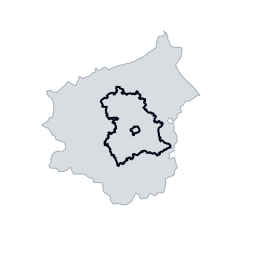 where Minsk sits in Belarus, rotated 149°
{"feature_id": "BLR-2345", "entity_name": "Minsk", "entity_type": "Region", "adm_level": 1, "iso_a3": "BLR", "parent_name": "Belarus", "parent_adm1": "", "projection": "albers", "projection_center": [27.803, 53.681], "detail": "fine", "context": "in_parent", "style": "outline", "palette": "ink", "viewbox_px": 256, "rotation_deg": 149, "n_neighbors": 0, "source": "natural_earth", "source_scale": "10m", "svg_char_len": 9390}
<svg xmlns="http://www.w3.org/2000/svg" viewBox="0 0 256 256"><g transform="rotate(149 128 128)"><path d="M200.3,175.1L196.8,175.1L192.5,175.4L190.2,177.2L187.6,176.5L185.8,177.5L181.8,182.3L180.3,184.8L178.8,188.6L178.0,191.5L178.6,193.4L179.4,195.2L179.7,197.2L180.2,198.7L179.1,199.9L178.6,201.5L176.8,201.3L174.5,199.8L174.0,197.6L172.2,196.1L171.1,195.3L169.3,195.2L166.4,196.1L162.5,196.7L159.6,197.0L158.1,197.8L155.8,198.6L154.9,197.7L153.5,195.2L152.4,192.7L151.7,191.6L151.0,191.3L150.2,191.4L149.4,192.2L148.7,193.0L146.3,194.0L145.2,194.9L144.1,197.3L143.3,197.1L142.5,196.6L141.6,194.0L140.3,193.4L138.3,193.4L135.8,192.9L133.7,192.1L133.0,192.3L131.8,193.4L130.5,193.6L127.6,192.6L127.0,193.0L125.4,195.9L124.6,196.0L124.2,195.7L124.4,193.2L122.7,192.3L119.9,192.1L118.0,192.5L117.0,192.4L116.5,191.9L114.1,187.7L112.9,187.4L110.6,187.6L107.2,187.0L103.4,186.0L101.2,185.6L100.2,184.7L97.8,184.3L91.4,182.4L88.8,182.0L85.0,181.9L79.1,181.3L75.4,181.3L73.6,181.9L71.6,182.1L64.6,182.3L62.1,182.7L61.4,183.5L60.4,185.4L57.4,188.6L54.5,190.7L54.0,190.8L52.4,189.6L51.1,189.1L49.5,188.9L48.3,189.2L47.6,189.7L47.5,192.3L47.3,192.5L46.3,189.4L46.5,186.6L47.3,185.1L48.2,183.7L48.0,181.5L49.0,178.8L49.2,176.7L48.8,175.8L48.3,174.8L46.5,173.5L45.8,172.6L43.4,171.3L41.1,169.7L40.7,168.7L40.9,168.1L41.4,167.2L43.4,164.6L45.5,162.1L46.9,161.1L53.8,158.1L54.9,156.9L55.3,154.9L55.4,150.8L55.2,147.1L54.8,144.5L53.8,139.6L50.9,129.5L49.5,119.1L50.8,119.7L53.9,120.2L56.4,119.6L57.7,119.6L58.8,119.8L62.1,119.4L62.9,120.4L64.3,121.3L67.2,120.3L69.8,118.9L72.4,119.2L72.9,118.5L73.7,114.9L74.5,114.1L77.6,114.6L78.8,114.0L80.0,112.2L81.9,111.2L83.5,111.2L85.1,110.0L85.9,110.9L86.2,112.4L85.6,113.6L85.9,114.1L86.9,114.7L88.9,114.7L90.1,114.3L90.4,113.6L90.4,112.3L90.2,111.2L89.4,110.1L87.9,109.6L86.8,109.5L86.7,108.9L87.1,107.5L88.1,105.0L89.3,102.8L90.0,101.9L90.2,101.1L90.1,99.8L90.1,97.3L91.2,93.8L92.7,91.2L94.5,90.4L96.8,90.0L98.2,88.8L99.0,87.4L99.6,85.2L100.4,84.7L105.7,85.1L106.6,82.9L107.0,82.3L108.1,81.6L108.8,80.8L108.5,80.2L107.2,79.8L104.0,79.4L103.3,78.6L103.6,77.8L104.5,75.5L105.3,72.5L105.8,70.2L105.9,68.8L106.3,68.5L108.9,68.1L109.8,67.6L112.1,64.5L113.8,64.0L118.1,64.9L120.1,64.8L122.7,65.0L122.9,64.7L123.8,61.6L128.1,56.6L130.4,54.9L131.9,54.5L132.4,54.6L134.7,57.2L135.2,57.3L136.8,56.2L139.4,56.1L140.7,57.0L142.5,60.2L143.4,60.6L146.0,58.7L147.4,58.1L148.3,58.1L153.3,60.5L153.6,61.3L153.7,62.2L153.0,65.2L154.1,67.0L155.3,68.2L157.7,66.1L158.7,65.5L159.7,65.4L161.0,64.7L162.0,63.5L162.9,63.1L164.7,63.3L167.9,62.9L171.8,64.6L172.2,65.1L174.1,67.1L174.8,68.1L175.5,68.4L176.5,69.4L177.9,69.9L178.9,69.7L179.3,70.0L179.8,70.8L179.9,72.2L179.9,76.0L178.6,78.1L178.5,78.8L178.6,79.7L179.7,81.3L181.2,83.9L181.6,85.4L181.7,86.5L179.9,89.9L179.3,90.7L178.9,92.4L178.8,94.0L178.9,94.7L182.3,97.2L184.7,98.5L185.3,99.2L185.4,99.7L184.2,102.6L184.2,103.3L186.1,104.4L187.3,106.2L188.4,109.2L190.4,112.0L197.5,115.9L198.2,116.6L198.4,117.5L198.3,119.5L197.3,123.4L198.5,123.9L201.5,123.5L205.3,123.8L209.9,126.2L210.0,127.4L209.6,128.5L210.0,129.6L210.6,130.6L214.6,133.3L215.1,134.1L215.3,135.6L215.2,136.6L214.2,136.9L213.0,137.5L211.1,138.9L210.4,140.8L207.4,143.5L205.5,144.7L203.9,144.9L200.2,144.6L198.8,143.4L198.2,142.3L196.7,141.9L194.8,142.0L192.2,142.3L191.7,142.7L191.3,144.1L190.3,146.5L189.6,147.9L193.2,152.4L194.9,154.2L195.6,155.4L195.6,156.2L194.8,157.3L195.0,159.2L196.8,161.8L196.3,162.2L196.3,165.5L196.5,168.9L197.0,169.7L197.9,170.3L198.7,171.6L200.2,174.4L200.3,175.1Z" fill="#d9dde1" stroke="#a8b0b8" stroke-width="1"/><path d="M114.4,89.1L115.8,89.5L116.8,89.3L117.1,89.4L117.5,89.9L116.9,91.0L117.4,91.4L117.9,92.1L118.1,93.0L119.8,93.1L120.2,93.8L121.7,95.0L121.6,95.9L121.6,96.0L123.4,96.3L124.3,96.9L124.6,97.3L124.3,98.2L124.4,98.3L124.7,98.8L124.9,99.2L125.4,99.8L125.7,100.2L126.7,100.5L127.2,100.5L127.6,100.0L127.9,100.0L128.2,100.1L128.3,100.8L128.4,101.0L130.6,100.3L131.7,100.5L132.6,100.0L134.0,99.9L134.5,100.3L135.1,101.2L135.9,101.8L136.1,102.4L136.9,102.8L137.3,102.9L137.5,102.7L138.5,100.0L139.9,99.5L140.1,99.5L140.4,100.2L140.7,100.1L141.2,99.5L141.4,99.7L141.7,100.2L141.4,100.9L141.4,101.2L141.5,101.6L141.7,101.8L142.8,102.2L143.4,101.8L144.3,101.9L144.5,102.0L144.6,102.5L144.8,102.6L145.3,102.4L145.6,102.0L145.5,101.8L145.2,101.2L145.3,100.7L148.3,100.9L148.8,100.7L149.2,100.0L149.9,99.6L150.1,99.7L149.8,100.0L150.0,100.2L150.2,100.3L151.0,99.9L151.3,100.0L151.5,100.7L151.5,101.5L152.3,101.7L152.9,101.9L153.9,101.3L155.2,101.6L155.5,101.3L155.5,100.5L155.9,100.6L156.1,100.8L156.2,101.7L155.3,102.7L155.6,103.3L155.6,103.5L155.1,104.5L154.9,107.0L154.8,107.6L154.2,108.7L154.9,109.7L155.0,110.0L154.8,110.3L154.1,111.0L154.1,111.9L154.3,112.4L154.6,112.4L155.1,112.2L155.2,112.6L155.7,112.8L155.8,113.4L156.0,113.6L155.4,114.1L155.4,116.0L155.1,116.2L155.0,116.4L155.3,117.0L155.3,117.4L154.7,118.4L154.1,118.8L153.9,119.3L153.9,119.6L154.3,120.2L154.3,120.7L154.3,121.8L154.5,122.1L154.3,122.6L154.3,122.8L154.8,123.1L154.3,123.9L154.5,124.0L155.0,123.7L155.1,123.9L155.1,124.2L154.4,124.7L155.0,124.8L155.3,125.1L155.9,125.0L156.2,125.3L156.6,125.4L156.5,125.7L156.1,126.2L155.3,126.6L155.2,126.8L155.2,127.0L155.8,127.2L155.7,127.4L155.3,127.7L155.1,128.2L155.0,128.3L154.8,128.2L154.5,127.8L154.2,127.9L153.2,129.0L151.8,129.8L151.3,129.8L150.9,129.5L150.3,129.3L149.9,129.5L149.2,130.3L149.1,130.6L149.4,131.4L149.2,131.8L148.9,132.0L147.1,132.2L147.2,133.2L147.3,133.9L147.2,134.0L146.5,134.0L146.2,133.8L145.6,132.8L145.8,132.1L145.7,131.9L145.2,132.2L144.8,131.7L144.4,131.7L144.0,132.0L142.4,131.7L141.4,131.2L141.2,131.2L140.9,131.6L141.1,132.5L141.0,132.8L140.7,133.1L140.0,133.3L140.4,133.5L140.5,133.7L139.7,134.1L139.3,134.4L138.3,134.3L137.8,134.9L137.4,135.7L137.4,136.8L137.4,137.9L137.2,138.2L136.7,138.8L136.7,139.1L136.9,139.4L138.0,139.8L138.4,140.6L138.3,140.9L137.1,141.2L136.8,141.7L136.6,141.7L134.5,141.6L134.1,141.8L133.4,141.0L132.9,140.7L132.3,140.8L131.7,141.2L132.3,142.7L133.6,143.1L134.3,144.0L135.1,144.2L135.9,144.6L136.3,143.8L137.0,143.9L137.3,144.4L137.5,145.2L137.8,145.7L138.5,145.6L139.1,145.2L139.5,145.2L139.6,145.3L139.4,145.8L139.9,147.1L139.7,148.5L140.0,149.4L139.1,149.4L138.8,150.3L138.4,151.0L138.5,151.2L139.1,151.6L139.1,152.1L138.4,152.9L138.1,154.1L137.7,154.8L135.5,157.0L135.9,157.4L137.7,158.5L138.8,159.5L138.4,159.9L138.6,160.2L138.5,160.3L137.7,161.0L137.6,162.5L137.7,164.0L137.7,164.5L136.5,165.6L132.4,166.0L131.7,164.9L130.0,164.5L129.7,164.6L129.4,164.9L129.4,165.1L129.6,165.6L129.6,166.3L129.1,166.7L126.8,167.0L126.2,166.9L124.8,166.9L123.6,166.4L122.9,165.8L122.8,165.5L122.8,164.3L122.8,164.1L122.4,164.2L122.1,164.8L121.6,163.9L120.0,165.0L119.8,164.5L119.3,164.5L119.0,164.7L118.7,165.6L118.0,165.7L117.9,165.9L117.9,166.4L118.1,167.1L117.9,167.6L116.7,169.2L114.1,167.5L114.6,166.7L114.6,166.4L114.5,166.0L112.8,164.4L112.5,163.8L112.8,163.5L112.9,163.2L112.5,162.6L112.6,162.0L112.7,161.8L115.2,161.6L115.3,161.2L115.3,160.7L114.9,160.0L114.7,159.9L113.7,159.9L112.9,159.6L112.2,158.5L112.2,158.2L112.3,157.9L112.3,157.6L111.6,157.1L111.4,157.2L111.1,157.6L110.8,157.7L110.0,157.3L108.0,156.5L106.9,154.8L106.7,154.7L106.1,154.9L105.6,154.8L105.5,154.6L105.4,154.1L105.3,153.8L104.3,153.2L103.5,153.3L103.2,154.3L102.4,154.3L101.7,154.9L101.0,153.9L101.0,153.7L101.6,153.2L101.4,152.0L100.6,150.6L100.5,150.3L100.4,149.9L100.9,149.5L101.2,148.7L101.5,148.3L102.0,148.1L103.0,148.2L103.1,147.7L102.8,147.0L102.2,146.3L100.7,146.1L100.4,145.9L100.2,145.7L100.2,145.2L99.8,144.9L99.7,144.4L99.0,144.3L98.7,144.1L98.6,143.9L99.2,142.8L99.6,142.3L99.9,142.1L100.7,142.1L101.0,141.8L101.1,140.9L100.6,140.0L100.7,138.6L104.2,137.4L103.9,136.9L103.8,136.3L103.9,134.9L103.9,134.6L103.7,134.4L102.9,134.4L103.0,133.9L103.2,133.4L103.3,132.9L102.8,131.8L102.7,130.9L102.4,130.5L101.7,130.1L100.5,129.7L100.3,129.3L100.3,128.3L99.5,128.1L98.9,127.6L98.8,127.3L98.9,126.1L99.5,125.9L99.8,125.4L98.5,124.7L98.1,124.4L98.1,124.2L98.2,123.5L98.4,123.2L100.3,122.4L100.6,122.1L101.1,121.0L101.9,120.8L102.1,120.3L102.1,119.4L102.0,119.2L101.0,119.2L100.8,118.8L100.6,117.8L100.4,117.6L99.5,117.5L99.4,117.6L99.4,118.0L99.2,118.1L97.9,118.1L97.6,117.6L97.5,117.2L97.6,115.9L97.7,115.3L97.1,114.9L96.9,115.0L96.7,115.6L96.0,115.3L95.9,115.2L95.9,114.9L96.1,114.2L96.5,113.2L97.3,113.2L98.4,112.3L98.7,112.2L99.8,112.4L101.8,112.0L102.9,110.9L103.5,109.8L104.9,106.2L105.5,105.5L105.6,104.4L105.3,103.8L105.1,102.9L105.3,102.8L106.1,103.3L106.2,103.1L106.3,102.1L106.7,102.0L106.9,101.7L106.7,101.0L106.8,100.2L106.0,100.4L105.3,100.1L105.2,99.9L105.1,99.5L104.4,98.0L104.4,97.7L104.5,97.1L104.4,96.6L103.8,96.2L102.5,94.3L101.7,94.1L101.1,93.4L101.0,93.1L101.0,92.0L100.6,91.2L101.5,90.5L101.5,90.3L101.5,90.0L101.5,89.7L101.8,89.5L103.0,90.1L104.5,90.1L105.1,90.5L105.5,90.4L105.9,90.0L107.0,90.0L107.3,90.1L107.7,90.7L107.9,90.8L108.3,90.7L109.0,90.2L110.8,89.9L111.0,90.0L111.5,90.6L112.3,90.7L113.9,90.6L113.9,90.4L113.8,89.6L114.4,89.1ZM125.8,125.5L126.6,125.4L127.0,124.6L126.9,123.8L126.3,123.4L126.1,122.4L126.2,121.6L126.6,120.7L127.2,120.1L127.1,119.1L126.6,118.9L125.7,119.7L124.9,119.9L124.5,119.9L123.0,119.4L121.2,119.1L120.1,119.3L119.5,119.6L119.1,120.6L118.8,122.8L118.8,123.7L119.0,124.5L119.8,124.7L121.4,125.3L121.7,126.0L122.1,126.1L122.6,125.5L124.5,125.3L125.8,125.5Z" fill="none" stroke="#020617" stroke-width="2"/></g></svg>